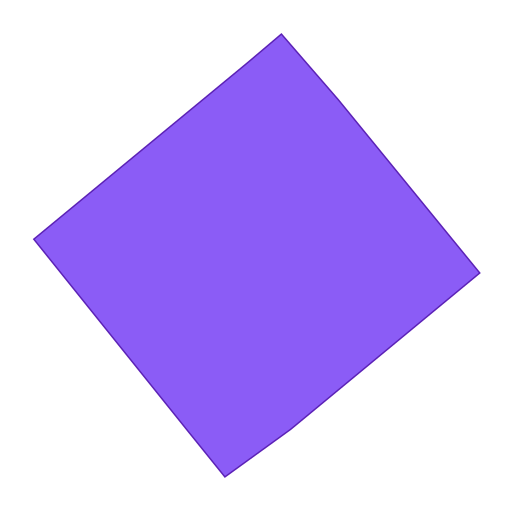 Jasper, Illinois, United States of America (Robinson projection), rotated 321°
{"feature_id": "52423323B45036173562792", "entity_name": "Jasper", "entity_type": "district", "adm_level": 2, "iso_a3": "USA", "parent_name": "United States of America", "parent_adm1": "Illinois", "projection": "robinson", "projection_center": [-88.173, 39.011], "detail": "fine", "context": "isolated", "style": "filled", "palette": "violet", "viewbox_px": 512, "rotation_deg": 321, "n_neighbors": 0, "source": "geoboundaries", "source_scale": "gbopen_adm2", "svg_char_len": 274}
<svg xmlns="http://www.w3.org/2000/svg" viewBox="0 0 512 512"><g transform="rotate(321 256 256)"><path d="M92.9,351.9L92.8,408.1L173.8,412.5L419.2,410.0L418.3,186.6L415.4,99.5L370.5,100.5L93.9,103.1L92.9,351.9Z" fill="#8b5cf6" stroke="#5b21b6" stroke-width="1.5"/></g></svg>